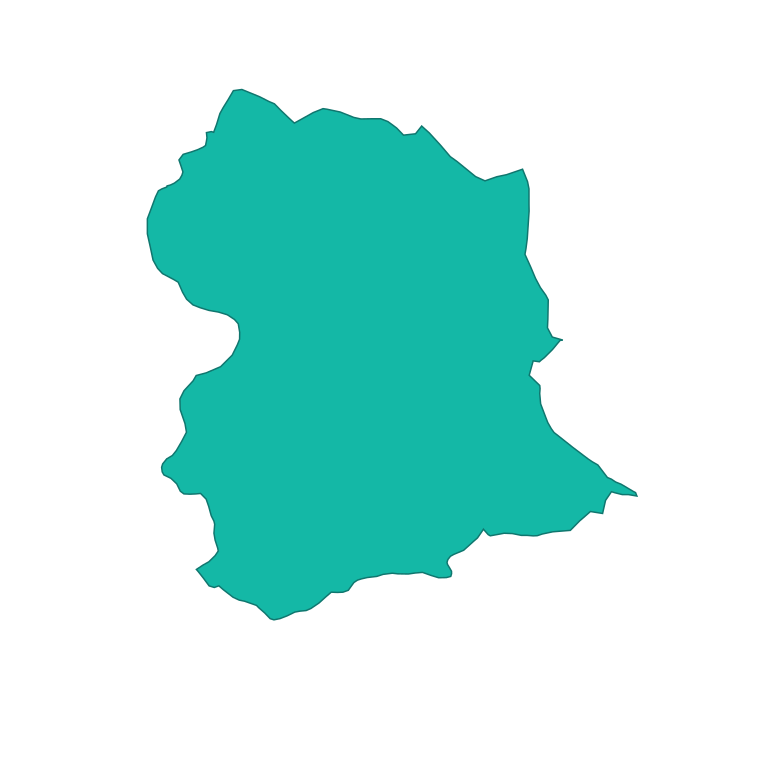 the district of Rawanduz, Arbil, Iraq, rotated 197°
{"feature_id": "34846034B23954207715880", "entity_name": "Rawanduz", "entity_type": "district", "adm_level": 2, "iso_a3": "IRQ", "parent_name": "Iraq", "parent_adm1": "Arbil", "projection": "natural_earth1", "projection_center": [44.626, 36.804], "detail": "fine", "context": "isolated", "style": "filled", "palette": "teal", "viewbox_px": 768, "rotation_deg": 197, "n_neighbors": 0, "source": "geoboundaries", "source_scale": "gbopen_adm2", "svg_char_len": 3111}
<svg xmlns="http://www.w3.org/2000/svg" viewBox="0 0 768 768"><g transform="rotate(197 384 384)"><path d="M109.4,350.8L111.7,353.7L114.4,354.2L128.0,357.5L133.8,358.0L138.8,359.5L143.0,359.9L155.8,369.1L162.0,370.5L166.6,371.9L185.2,378.7L202.2,385.4L207.2,387.3L211.0,390.2L216.1,395.0L219.5,399.3L228.4,410.8L232.3,420.4L233.4,425.2L234.6,428.1L247.7,434.8L248.1,449.7L241.9,450.7L240.8,452.6L238.4,456.0L233.0,466.1L228.4,477.1L225.8,478.3L236.8,478.1L244.1,485.5L246.2,493.7L251.5,512.4L255.3,516.3L262.6,521.9L270.0,529.3L277.6,538.4L287.1,549.2L287.8,554.9L289.5,564.9L295.8,591.8L297.8,598.0L302.4,613.0L305.9,619.5L314.3,629.9L328.0,620.0L336.7,615.2L346.8,607.8L353.8,608.7L357.0,609.1L379.4,618.2L387.1,620.8L399.3,628.6L414.0,637.3L423.4,641.7L423.5,641.4L427.0,632.5L438.1,627.7L446.8,632.5L451.5,634.2L457.0,636.1L464.7,636.7L474.4,633.7L483.6,630.7L490.8,630.1L505.4,631.3L511.0,630.8L518.9,630.1L522.8,629.5L531.0,622.9L540.2,613.3L546.0,607.3L549.4,608.9L554.7,611.5L563.0,615.7L570.7,619.9L576.5,620.5L586.7,622.3L606.0,624.1L613.8,620.5L616.2,610.3L618.6,601.3L620.0,594.7L620.0,583.3L620.5,574.9L622.9,574.9L627.3,572.5L625.3,567.7L624.8,564.1L624.4,559.9L626.3,557.5L631.1,553.3L636.0,549.7L643.2,544.9L645.6,538.3L641.7,532.9L638.3,528.0L638.3,524.4L638.4,524.1L639.3,520.2L643.2,514.8L646.5,511.8L649.4,510.0L649.4,508.8L653.3,505.8L656.2,502.8L657.2,496.2L658.1,480.6L658.6,472.8L654.2,458.4L647.4,446.4L641.1,435.0L634.3,428.4L628.1,424.8L615.5,422.4L610.6,421.2L603.4,412.8L597.6,407.4L589.8,403.8L582.1,403.2L572.9,403.2L563.3,404.4L558.3,404.4L554.1,404.4L545.9,402.0L541.0,399.0L537.1,391.2L535.2,384.6L535.7,378.6L537.6,367.2L545.3,352.8L557.4,342.6L566.1,337.2L567.5,331.2L573.3,319.1L574.8,310.1L571.4,299.9L562.7,287.9L558.8,280.1L560.7,269.9L563.1,259.7L565.5,253.7L569.9,248.9L572.3,242.9L572.3,239.3L570.4,235.1L567.9,232.7L560.2,231.5L553.0,227.9L547.4,221.9L543.2,220.4L537.4,221.9L532.0,223.8L527.4,225.7L520.4,221.9L515.8,215.6L510.7,207.5L506.5,203.1L504.9,200.3L503.0,191.6L499.9,185.4L494.9,178.2L493.7,175.8L495.3,170.5L499.5,162.8L504.1,158.0L509.2,151.8L506.8,150.3L499.9,145.5L492.2,139.8L486.8,139.8L482.9,142.7L477.5,140.3L465.9,135.9L459.3,135.0L453.9,135.5L441.2,135.0L438.5,133.5L431.2,130.2L424.2,126.3L420.3,126.3L414.9,129.2L408.8,134.0L402.6,139.8L399.9,141.2L398.0,142.2L392.2,144.6L388.3,147.9L382.1,155.6L377.5,163.3L373.6,169.5L367.8,171.0L362.4,172.9L357.8,176.3L356.2,181.1L354.7,185.4L352.0,188.7L348.5,191.1L343.5,194.0L334.6,197.9L329.2,201.7L320.7,205.5L315.3,206.5L305.2,209.4L299.1,212.3L292.1,215.1L282.8,214.7L275.1,214.7L267.8,217.1L263.9,219.5L263.9,222.3L264.7,224.7L267.8,227.6L270.5,230.0L271.6,231.9L271.6,234.8L270.1,238.7L267.4,241.5L259.2,248.3L252.3,259.8L249.6,264.1L247.6,270.4L246.7,273.3L246.5,274.2L240.3,270.4L238.0,269.9L231.4,273.3L225.5,276.4L217.5,278.5L208.4,279.4L202.8,281.1L196.9,282.4L193.0,283.8L188.8,286.8L179.4,292.0L163.0,298.5L156.7,310.6L155.7,312.1L149.3,322.4L137.1,324.1L138.1,337.5L135.0,347.5L131.5,347.5L123.8,347.9L117.9,349.7L109.4,350.8Z" fill="#14b8a6" stroke="#0f766e" stroke-width="1.5"/></g></svg>